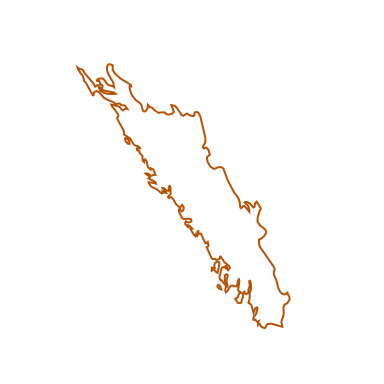 SVG path tracing the border of Uusimaa, rotated 67°
{"feature_id": "FIN-3193", "entity_name": "Uusimaa", "entity_type": "Province", "adm_level": 1, "iso_a3": "FIN", "parent_name": "Finland", "parent_adm1": "", "projection": "robinson", "projection_center": [24.756, 60.321], "detail": "fine", "context": "isolated", "style": "outline", "palette": "amber", "viewbox_px": 384, "rotation_deg": 67, "n_neighbors": 0, "source": "natural_earth", "source_scale": "10m", "svg_char_len": 6042}
<svg xmlns="http://www.w3.org/2000/svg" viewBox="0 0 384 384"><g transform="rotate(67 192 192)"><path d="M351.4,161.5L343.9,170.8L343.1,174.5L345.8,178.0L344.4,179.8L342.8,181.0L340.4,181.0L339.8,181.5L340.5,183.3L339.5,183.0L338.6,182.5L336.9,181.0L337.0,182.3L336.7,183.0L334.2,183.6L333.9,185.2L333.4,185.5L331.8,184.7L329.6,181.1L328.8,180.2L324.9,177.2L323.7,177.2L323.5,178.6L324.7,180.1L327.4,182.6L319.2,181.6L318.4,181.7L316.7,183.0L316.0,183.3L315.3,182.5L311.8,180.2L307.9,178.7L304.8,175.9L301.9,174.4L298.9,173.5L296.4,173.3L296.4,174.2L301.1,175.6L303.9,178.3L306.1,179.1L306.8,180.1L307.1,182.2L306.5,182.8L304.2,182.8L304.7,184.1L305.7,185.0L308.9,186.4L311.4,189.0L312.5,189.3L313.1,189.9L313.0,191.3L312.4,192.6L311.7,193.2L307.2,193.9L307.1,191.4L303.4,187.8L304.2,186.4L303.1,186.4L301.7,187.5L300.9,187.8L299.9,187.7L294.0,184.0L292.1,183.1L289.9,182.6L293.1,185.3L294.9,186.5L296.5,187.1L295.7,189.4L293.7,191.7L293.6,193.2L294.4,194.9L296.9,197.8L297.7,200.0L295.9,199.9L294.7,199.5L292.4,197.7L293.0,197.0L291.7,195.7L286.4,194.7L283.8,192.3L282.3,191.6L281.1,192.4L281.6,194.4L284.7,195.8L290.7,197.7L284.7,199.3L284.7,200.0L283.1,200.5L280.8,199.8L273.9,194.7L273.3,193.9L273.4,192.4L274.1,191.4L275.1,190.9L273.3,190.2L273.3,189.3L278.0,189.3L276.8,186.9L274.9,186.7L269.2,189.6L262.6,190.9L262.6,191.6L263.9,192.1L264.4,193.3L264.2,194.8L263.8,196.3L262.3,197.1L261.8,199.0L261.3,199.6L260.6,199.9L248.3,200.0L248.5,198.3L247.4,197.6L244.1,197.0L244.8,199.3L242.1,199.9L234.0,200.0L233.6,200.2L233.4,200.6L233.5,201.9L233.0,202.5L230.5,201.4L230.4,202.4L233.5,203.6L234.6,204.5L233.8,204.9L232.7,205.0L234.0,206.1L232.3,206.9L227.1,207.7L225.1,207.6L225.7,206.1L222.0,207.5L221.1,208.5L222.8,209.2L222.2,209.8L220.8,209.8L219.4,210.8L217.8,210.4L216.7,209.2L217.8,208.4L218.8,206.8L219.1,205.1L218.5,203.8L216.8,203.6L215.5,205.1L213.5,210.4L212.6,211.3L205.2,211.7L203.4,211.3L202.5,209.9L205.7,209.3L205.5,207.3L203.2,205.6L200.1,206.1L201.9,209.2L197.1,211.4L192.6,211.9L189.0,212.8L188.5,213.3L188.3,214.1L188.6,215.5L188.2,216.0L187.0,216.0L186.4,215.1L185.8,212.9L184.8,212.1L179.4,210.1L178.1,209.9L177.6,210.3L178.6,211.4L180.1,212.2L181.3,212.5L181.8,213.1L181.0,214.5L179.9,215.3L177.6,216.2L176.9,217.5L182.8,216.0L182.3,217.0L181.6,217.8L179.8,219.0L181.6,219.8L181.6,220.5L175.7,223.3L172.3,226.6L170.6,227.6L168.6,228.1L166.1,228.2L166.8,226.7L169.3,223.0L170.2,222.0L168.7,221.9L166.5,223.3L162.4,226.7L161.8,224.8L160.3,225.4L158.5,226.8L157.0,227.5L157.6,225.6L158.6,224.8L159.8,224.2L161.0,223.2L161.2,222.4L161.2,220.3L161.9,219.0L157.7,218.8L155.6,219.2L154.1,220.5L155.3,221.4L151.8,222.8L150.6,222.8L147.6,222.0L145.2,221.9L143.6,222.4L143.6,223.4L145.7,224.4L144.1,225.1L142.7,224.8L139.8,223.6L139.0,223.7L135.7,224.9L134.9,224.9L133.8,224.4L132.2,226.2L130.6,226.0L130.0,224.9L131.5,223.6L131.5,222.8L129.9,223.0L128.9,223.7L127.2,225.9L125.9,226.8L124.6,227.3L118.7,228.0L112.3,232.2L109.8,230.9L95.5,232.2L94.4,231.7L93.5,230.3L92.6,229.8L91.6,229.8L85.8,230.9L82.1,232.1L80.0,232.2L81.0,230.5L84.8,226.0L86.1,225.1L88.6,224.6L89.8,224.0L90.0,223.2L89.4,222.2L89.3,221.3L89.5,220.2L90.3,219.0L87.1,219.7L86.1,220.2L85.4,221.1L85.0,222.2L84.4,223.2L82.2,224.1L81.5,226.6L80.9,227.9L80.1,228.5L78.2,229.5L74.4,233.5L71.0,236.1L63.2,238.9L61.9,240.3L61.8,242.4L62.8,244.2L64.3,244.7L64.3,245.5L49.4,247.1L48.3,247.8L43.0,247.2L41.0,247.5L39.3,248.1L34.1,248.9L32.6,248.7L34.2,247.9L36.4,245.3L37.7,244.7L41.3,244.2L53.6,240.3L57.1,240.0L56.6,237.5L57.0,236.7L59.0,236.9L61.9,236.9L64.1,236.1L66.0,234.5L68.2,232.0L69.5,229.6L71.1,226.2L71.7,223.9L70.2,224.7L64.3,233.1L62.0,235.3L60.3,235.3L60.8,233.7L60.0,233.2L59.0,232.9L58.1,233.1L57.2,233.7L57.5,234.5L54.0,233.8L53.1,234.9L52.8,236.0L52.2,236.0L51.6,235.3L51.3,234.1L52.3,230.2L53.8,229.2L60.4,227.5L61.6,226.3L63.7,223.5L65.1,222.8L60.6,221.7L51.9,222.9L47.9,222.8L45.8,222.3L43.9,221.5L42.5,220.3L41.9,218.6L42.5,217.3L44.6,215.4L45.3,215.9L48.7,217.3L52.7,216.7L59.6,213.5L68.6,207.1L69.9,206.5L71.1,206.7L70.4,208.1L71.9,208.8L77.1,209.5L81.0,209.1L85.3,207.9L90.0,205.1L91.9,204.6L97.7,205.4L98.7,205.2L99.5,203.6L99.1,202.4L97.9,200.7L94.5,198.5L95.8,198.1L97.4,198.1L97.8,196.8L98.8,195.8L102.5,194.3L106.1,191.8L106.8,189.0L108.0,186.1L109.6,185.6L111.5,183.6L112.1,180.8L112.1,179.0L110.9,177.3L104.0,177.1L105.7,174.4L107.9,173.2L117.2,171.5L118.4,170.4L118.2,168.5L117.6,167.0L118.1,165.5L119.2,165.1L120.9,163.9L122.7,160.9L122.1,159.6L121.0,159.3L119.8,158.4L119.9,157.0L121.2,155.2L125.7,154.8L146.9,158.4L150.5,159.8L152.0,160.9L154.7,164.5L156.5,164.1L156.5,162.6L157.0,161.3L159.7,160.4L164.6,161.0L165.3,163.2L166.0,164.7L170.3,165.9L175.6,165.2L179.2,163.0L179.5,161.8L179.4,158.7L179.9,156.6L181.5,154.5L183.2,153.9L195.2,154.6L209.1,153.4L213.6,152.1L216.3,151.7L219.2,151.9L225.1,153.6L226.1,153.2L224.9,149.7L225.8,149.0L232.6,146.9L231.8,146.5L227.5,145.7L225.4,146.1L222.3,147.7L222.0,147.2L222.4,145.8L223.3,144.7L225.1,143.2L230.3,141.5L230.3,140.9L229.8,140.1L227.8,138.9L226.8,137.9L226.2,136.2L233.5,135.1L234.7,135.4L235.4,136.6L236.4,137.7L240.9,141.3L243.1,142.6L245.3,143.2L249.2,142.5L255.0,139.3L257.7,139.3L259.4,140.7L260.9,143.1L261.9,146.0L262.1,149.0L266.3,150.7L269.6,150.8L293.6,145.8L295.6,146.1L297.5,147.8L298.8,148.5L301.3,148.9L306.2,148.9L314.3,150.1L318.3,149.8L320.2,149.1L321.9,147.8L322.8,145.8L322.4,145.6L321.9,143.4L323.7,143.7L326.7,143.4L328.3,143.8L329.4,144.6L331.0,147.0L331.7,147.6L331.8,150.9L333.5,152.7L339.4,154.9L342.4,156.8L344.5,159.0L346.9,160.7L350.5,161.1L351.4,161.5ZM271.0,200.8L268.4,200.3L266.4,198.6L265.9,196.3L267.4,194.3L268.9,194.9L276.4,200.0L275.7,200.8L272.9,201.9L272.0,203.0L272.2,204.5L269.4,203.3L271.0,200.8ZM122.4,230.3L123.1,230.7L122.8,230.9L122.8,231.9L121.8,232.5L120.7,232.5L120.5,233.0L118.5,233.3L117.2,232.6L116.7,232.7L116.4,232.4L117.0,231.5L118.5,230.3L120.4,229.9L122.4,230.3ZM287.7,204.2L288.4,203.2L290.0,202.9L293.1,203.1L292.0,204.5L289.6,205.5L288.3,205.3L287.7,204.2Z" fill="none" stroke="#b45309" stroke-width="2"/></g></svg>